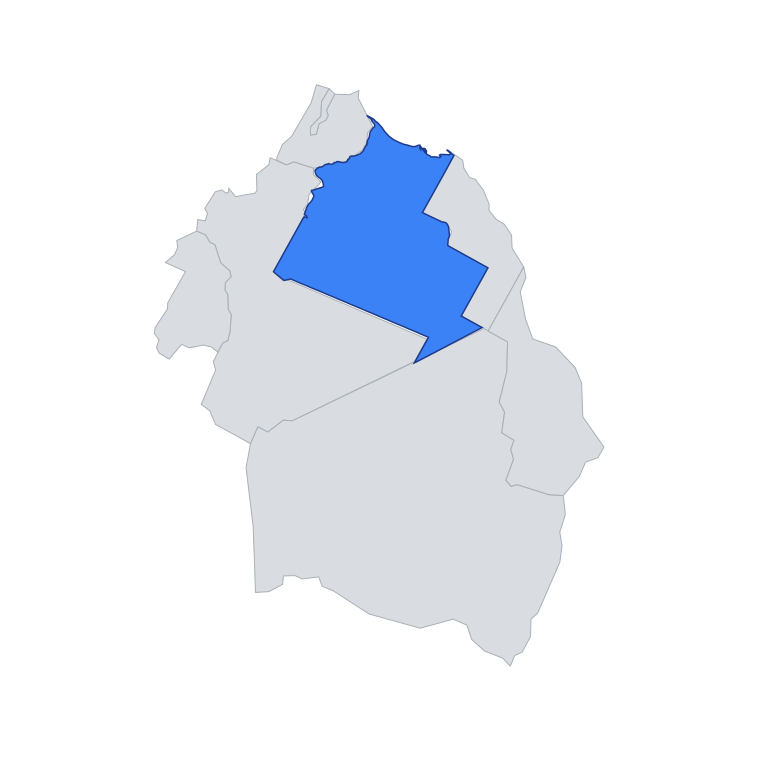 map of Mauritania with Western Sahara, Senegal, Mali and 4 others greyed out, rotated 119°
{"feature_id": "MRT", "entity_name": "Mauritania", "entity_type": "country or territory", "adm_level": 0, "iso_a3": "MRT", "parent_name": "Africa", "parent_adm1": "", "projection": "mercator", "projection_center": [-11.622, 21.016], "detail": "fine", "context": "with_neighbors", "style": "filled", "palette": "blue", "viewbox_px": 768, "rotation_deg": 119, "n_neighbors": 7, "source": "natural_earth", "source_scale": "50m", "svg_char_len": 7182}
<svg xmlns="http://www.w3.org/2000/svg" viewBox="0 0 768 768"><g transform="rotate(119 384 384)"><path d="M287.3,318.5L287.0,351.5L232.8,350.5L233.3,397.0L217.8,398.7L213.8,407.9L216.9,433.6L152.3,433.5L148.7,439.4L150.1,423.7L156.5,418.8L161.9,409.5L160.8,403.4L166.5,390.8L175.7,379.3L181.3,376.3L185.6,365.7L186.0,356.0L192.0,344.6L203.0,337.9L214.0,318.5L287.3,318.5Z" fill="#d9dde1" stroke="#a8b0b8" stroke-width="1"/><path d="M154.4,567.6L147.6,554.3L139.4,548.3L146.6,545.0L164.2,518.7L172.4,520.1L180.5,516.4L189.7,516.2L208.6,525.8L229.5,550.2L233.5,570.5L239.7,575.3L240.3,587.1L224.0,589.0L212.2,584.9L173.7,584.0L155.0,588.1L152.3,575.1L167.4,575.5L180.4,569.0L194.7,572.9L201.8,569.1L198.5,564.2L187.9,567.0L181.4,562.8L176.1,563.1L172.4,567.1L154.4,567.6Z" fill="#d9dde1" stroke="#a8b0b8" stroke-width="1"/><path d="M241.3,593.3L239.7,575.3L233.5,570.5L229.5,550.2L235.0,547.1L237.8,537.0L254.6,541.4L263.9,538.0L270.3,539.1L272.7,535.3L339.0,535.1L342.7,523.0L339.8,520.9L323.9,368.4L349.1,368.1L460.6,446.3L464.5,454.5L482.4,462.4L482.6,473.5L500.9,471.8L501.0,511.8L491.9,523.3L490.5,533.9L453.3,538.1L447.2,544.2L426.1,544.9L421.9,541.7L412.8,544.1L397.4,551.2L394.3,556.5L381.4,564.1L379.2,568.5L372.3,572.0L364.3,569.7L359.8,573.8L357.3,585.4L344.2,599.4L344.6,605.1L340.1,612.3L341.2,622.0L330.5,626.6L328.0,619.5L320.4,621.0L317.3,625.9L297.8,624.8L292.8,619.9L293.7,614.9L291.6,613.0L288.1,614.6L292.1,604.8L279.7,589.4L276.4,588.9L262.6,597.2L248.2,591.0L241.3,593.3Z" fill="#d9dde1" stroke="#a8b0b8" stroke-width="1"/><path d="M341.2,622.0L340.1,612.3L344.6,605.1L344.2,599.4L357.3,585.4L359.8,573.8L364.3,569.7L372.3,572.0L379.2,568.5L381.4,564.1L394.3,556.5L397.4,551.2L412.8,544.1L421.9,541.7L426.1,544.9L436.6,544.9L435.3,553.1L437.6,560.9L446.9,572.0L447.4,580.2L466.4,584.0L466.0,595.6L462.4,600.7L454.4,602.2L451.0,609.6L445.3,611.5L423.2,609.8L417.9,612.5L381.9,612.1L383.8,634.2L372.5,629.9L364.7,630.6L358.9,634.8L341.2,622.0Z" fill="#d9dde1" stroke="#a8b0b8" stroke-width="1"/><path d="M154.4,567.6L172.4,567.1L176.1,563.1L181.4,562.8L187.9,567.0L198.5,564.2L201.8,569.1L194.7,572.9L180.4,569.0L167.4,575.5L152.3,575.1L154.4,567.6Z" fill="#d9dde1" stroke="#a8b0b8" stroke-width="1"/><path d="M287.0,323.5L287.2,296.4L313.9,282.5L343.9,274.5L350.2,264.9L369.5,257.3L370.2,243.0L379.8,241.3L387.2,234.1L408.9,230.8L411.9,223.2L407.5,219.0L400.8,186.0L394.6,173.1L410.5,162.0L428.3,158.5L438.8,150.1L454.7,143.8L510.0,138.5L518.3,141.5L533.9,133.4L551.5,133.2L558.2,138.0L569.5,136.8L566.2,147.4L568.8,166.8L564.9,183.5L554.7,194.6L556.2,209.6L580.0,233.9L592.4,285.4L589.5,328.2L590.9,339.9L584.4,347.6L594.1,360.9L594.7,368.8L600.6,378.9L608.3,375.6L621.4,384.0L628.6,395.3L572.0,429.4L524.2,464.0L500.9,471.8L482.6,473.5L482.4,462.4L464.5,454.5L460.6,446.3L287.0,323.5Z" fill="#d9dde1" stroke="#a8b0b8" stroke-width="1"/><path d="M222.1,311.5L237.4,309.5L258.7,291.6L272.5,275.7L268.4,251.9L276.9,224.9L287.5,211.6L316.3,194.3L332.5,161.1L344.7,161.2L354.6,169.8L370.3,168.4L394.6,173.1L400.8,186.0L407.5,219.0L411.9,223.2L408.9,230.8L387.2,234.1L379.8,241.3L370.2,243.0L369.5,257.3L350.2,264.9L343.9,274.5L313.9,282.5L287.2,296.4L287.3,318.5L214.0,318.5L222.1,311.5Z" fill="#d9dde1" stroke="#a8b0b8" stroke-width="1"/><path d="M227.6,546.9L227.3,546.8L225.5,545.5L224.7,544.1L223.3,543.0L221.4,542.2L220.1,541.4L219.6,540.4L218.8,539.8L218.1,539.5L218.0,539.1L218.2,538.7L218.0,537.8L216.9,535.9L215.9,535.0L215.0,535.1L214.5,534.9L214.1,534.5L214.0,533.8L213.4,533.3L212.4,533.1L211.5,531.6L210.9,529.0L210.0,527.0L209.0,525.5L208.3,524.9L207.7,524.8L207.5,524.6L207.4,524.2L206.6,524.0L205.5,524.5L204.5,524.3L204.0,523.6L203.3,523.5L202.4,524.1L201.4,524.0L200.4,523.0L199.8,522.1L199.7,521.2L197.8,519.3L194.3,516.5L190.4,515.2L186.3,515.4L183.9,515.3L183.4,514.8L182.9,514.9L182.4,515.4L181.8,515.5L181.2,515.2L180.9,515.4L180.7,516.1L179.3,516.5L176.5,516.5L174.2,516.9L172.5,517.8L170.0,518.2L166.9,518.0L165.0,517.7L164.3,517.2L163.4,517.1L162.3,517.4L161.2,518.7L160.3,521.2L159.5,522.6L158.9,523.0L158.3,524.8L157.9,527.9L157.4,529.3L157.4,521.6L158.3,518.7L158.6,516.2L160.5,510.5L162.8,505.9L164.9,499.8L165.7,493.9L165.4,488.1L164.8,482.9L163.7,479.5L162.7,474.5L161.2,471.9L158.4,469.6L157.7,468.2L158.4,467.7L160.1,467.4L161.2,465.6L158.9,466.3L161.5,460.8L162.4,457.0L162.2,454.5L162.7,453.0L160.7,449.7L159.1,445.5L158.3,444.9L157.5,444.5L157.4,445.5L156.9,446.4L155.9,445.9L154.2,442.8L151.8,437.9L150.9,437.4L150.2,438.0L149.7,438.7L148.9,442.8L148.6,441.2L149.0,439.3L149.6,436.9L150.3,433.6L152.4,433.6L156.2,433.6L160.0,433.6L163.8,433.5L167.6,433.5L171.3,433.5L175.1,433.5L178.9,433.5L182.7,433.5L186.5,433.5L190.3,433.5L194.1,433.5L197.8,433.5L201.6,433.5L205.4,433.5L209.2,433.5L213.0,433.5L215.5,433.5L215.3,431.1L215.2,429.3L215.1,426.7L214.9,424.2L214.8,421.7L214.6,419.4L214.5,417.0L214.3,414.8L214.2,412.8L214.0,411.6L213.2,409.3L213.0,408.2L213.2,407.0L213.8,405.8L215.2,403.8L217.5,402.2L220.1,400.3L222.0,398.9L223.0,398.5L226.1,398.1L228.5,397.0L230.9,395.9L231.9,395.4L232.0,393.4L232.0,391.2L232.0,388.8L232.0,386.3L232.0,383.8L232.0,381.4L232.0,378.9L232.0,376.4L232.0,374.0L232.0,371.5L232.0,369.0L232.0,366.5L232.0,364.0L232.0,361.6L232.0,359.1L232.0,356.6L232.0,354.1L232.0,351.6L232.0,349.4L234.5,349.4L237.6,349.4L240.6,349.4L243.7,349.4L246.8,349.4L249.9,349.4L252.9,349.4L256.0,349.4L259.1,349.4L262.2,349.4L265.2,349.4L268.3,349.4L271.4,349.4L274.5,349.4L277.6,349.4L280.6,349.4L283.7,349.4L287.1,349.4L287.1,347.3L287.1,344.3L287.1,340.1L287.1,336.0L287.1,332.3L287.1,328.6L287.0,325.6L290.2,327.6L293.3,329.7L296.4,331.7L299.5,333.8L302.6,335.8L305.7,337.8L308.8,339.9L311.9,341.9L315.0,344.0L318.1,346.0L321.2,348.0L324.3,350.1L327.4,352.1L330.5,354.1L333.6,356.2L336.7,358.2L339.3,359.9L343.3,362.6L347.1,365.1L350.8,367.7L345.0,367.7L337.3,367.7L332.0,367.7L326.6,367.7L321.6,367.7L322.0,371.9L322.5,376.4L322.9,380.9L323.4,385.4L323.9,389.9L324.3,394.4L324.8,398.8L325.3,403.3L325.8,407.8L326.2,412.2L326.7,416.6L327.2,421.1L327.6,425.5L328.1,429.9L328.6,434.3L329.0,438.7L329.5,443.1L330.0,447.5L330.5,451.9L330.9,456.3L331.4,460.7L331.9,465.0L332.3,469.4L332.8,473.7L333.3,478.1L333.7,482.4L334.2,486.7L334.7,491.0L335.2,495.4L335.6,499.7L336.1,504.0L336.6,508.3L337.0,512.6L337.5,516.7L339.5,518.9L341.9,521.6L341.2,525.5L340.4,530.1L339.4,535.1L335.9,535.1L332.6,535.1L329.2,535.1L325.8,535.1L322.5,535.1L319.1,535.1L315.7,535.1L312.3,535.1L309.0,535.1L305.6,535.1L302.2,535.1L298.9,535.1L295.5,535.1L292.1,535.1L288.8,535.1L285.4,535.1L282.0,535.1L278.9,535.1L277.0,535.0L276.3,534.6L276.0,532.0L275.5,532.2L274.8,533.0L274.4,533.8L274.5,534.9L274.4,535.8L272.3,536.2L269.4,536.8L266.3,537.2L263.2,537.1L262.1,536.9L261.0,536.5L258.5,536.1L257.2,536.1L255.6,536.2L253.8,536.4L253.2,536.9L251.8,538.8L250.5,541.1L249.6,541.1L248.7,539.8L246.0,537.5L242.8,534.4L241.3,532.9L240.5,532.7L238.9,533.8L237.6,534.9L236.2,536.4L235.6,537.8L235.1,539.4L234.9,541.4L234.4,543.7L233.3,545.6L231.9,547.0L230.9,547.6L230.5,548.0L227.6,546.9ZM160.1,462.2L159.0,463.9L158.5,463.2L158.3,462.1L159.3,460.5L159.7,459.7L160.5,459.4L160.1,462.2Z" fill="#3b82f6" stroke="#1e3a8a" stroke-width="1.5"/></g></svg>